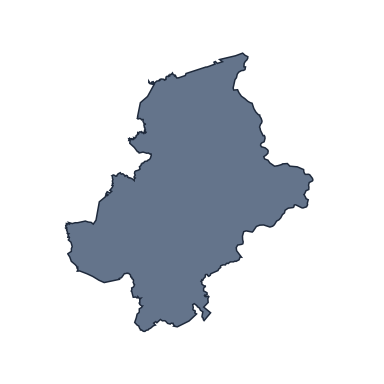 outline of Venustiano Carranza, Puebla, Mexico, rotated 283°
{"feature_id": "50627088B90206204829893", "entity_name": "Venustiano Carranza", "entity_type": "district", "adm_level": 2, "iso_a3": "MEX", "parent_name": "Mexico", "parent_adm1": "Puebla", "projection": "robinson", "projection_center": [-97.693, 20.505], "detail": "fine", "context": "isolated", "style": "filled", "palette": "slate", "viewbox_px": 384, "rotation_deg": 283, "n_neighbors": 0, "source": "geoboundaries", "source_scale": "gbopen_adm2", "svg_char_len": 6005}
<svg xmlns="http://www.w3.org/2000/svg" viewBox="0 0 384 384"><g transform="rotate(283 192 192)"><path d="M139.6,254.9L144.8,248.7L147.8,247.6L150.6,248.5L152.2,252.2L153.0,253.2L154.9,253.1L157.1,252.0L160.4,251.1L165.0,251.3L166.3,253.5L166.5,259.7L167.5,260.4L172.9,262.5L174.9,265.4L176.0,269.2L175.4,275.8L176.8,278.3L178.6,279.6L182.7,281.0L184.5,283.0L186.8,284.3L190.3,285.2L192.4,286.8L195.1,286.8L197.9,289.4L199.6,294.0L200.4,294.6L202.3,294.6L202.8,295.5L202.7,296.6L201.3,302.5L201.4,303.7L203.3,306.9L205.5,307.5L207.0,306.9L210.6,307.0L211.2,304.5L212.0,304.2L214.8,301.6L215.3,302.1L218.9,302.8L220.7,305.2L223.1,304.8L224.9,304.0L227.6,304.1L229.9,306.9L230.9,307.1L232.4,306.3L235.3,302.8L235.5,301.6L234.7,298.6L235.2,297.6L236.7,296.5L239.0,295.7L240.2,288.9L239.2,281.5L241.2,278.5L239.7,273.7L239.1,273.5L237.0,269.8L235.7,266.7L237.9,261.2L240.1,258.8L240.5,255.5L241.3,254.8L242.6,254.0L244.5,255.8L246.8,257.2L249.1,257.0L250.1,256.2L251.5,253.3L251.7,249.5L253.1,248.2L254.5,248.3L255.6,249.0L257.2,251.0L260.7,251.1L262.4,250.5L263.3,249.7L262.8,248.7L267.4,244.9L269.6,243.9L270.4,243.2L273.3,243.5L275.0,244.3L276.8,244.3L279.3,242.8L281.5,240.6L282.1,240.8L282.5,238.8L284.4,236.1L287.2,233.5L292.0,230.6L292.2,228.4L293.0,225.8L294.8,222.6L296.4,218.6L299.5,215.2L301.9,213.4L300.7,209.7L302.6,208.7L311.1,208.6L313.3,209.6L317.0,209.6L319.3,210.6L321.4,212.9L322.1,214.9L323.2,216.1L325.9,216.0L325.7,214.4L329.1,213.9L331.3,214.6L332.9,215.7L334.7,216.2L336.4,216.0L337.1,213.0L338.7,210.1L334.5,203.7L327.3,189.1L325.8,192.4L323.0,187.8L324.4,185.4L323.4,184.2L321.8,185.6L317.0,178.3L317.0,177.6L306.1,159.5L304.0,159.3L300.2,153.2L299.7,151.5L300.6,150.6L301.0,149.4L301.5,149.9L302.0,149.5L302.1,147.3L303.6,146.2L301.8,145.3L301.6,144.1L300.0,144.2L299.8,143.7L300.2,143.1L299.2,143.0L299.2,141.7L298.1,140.8L296.0,141.3L295.8,141.2L296.0,140.8L294.8,140.2L294.9,139.7L295.5,139.1L295.1,136.3L293.5,135.5L294.0,135.1L292.8,134.4L292.1,132.6L288.8,130.5L288.9,129.6L290.0,130.1L290.8,129.4L290.0,128.0L288.4,127.6L288.6,126.6L290.2,125.0L288.9,125.3L288.1,126.7L288.2,130.9L275.1,127.2L267.4,121.6L253.3,122.0L253.0,122.4L251.5,122.0L251.0,123.0L251.9,124.7L251.9,125.4L250.9,126.6L251.7,127.9L251.5,128.2L249.9,128.3L248.0,129.8L247.8,131.2L247.4,131.3L247.0,130.1L246.4,130.1L244.0,131.2L243.8,131.8L242.5,132.0L242.1,132.5L241.6,132.0L240.7,132.7L240.5,131.9L240.2,131.9L239.9,133.8L239.0,133.4L238.8,131.7L238.2,131.7L239.3,129.5L238.6,129.5L239.0,128.2L238.8,127.5L237.7,126.4L237.2,126.9L236.8,126.8L237.4,125.8L235.7,126.1L234.4,124.9L233.1,125.2L232.5,124.3L231.9,124.5L231.5,123.8L231.7,123.2L231.0,123.6L230.8,122.8L230.0,123.1L229.7,122.6L230.1,121.9L229.6,121.3L230.0,120.9L230.6,121.7L230.0,120.0L230.3,119.2L229.6,119.3L229.6,118.4L228.8,118.9L228.0,118.8L228.4,120.1L225.5,120.4L222.4,125.8L219.0,129.8L219.1,130.8L218.1,131.7L219.9,135.3L219.6,139.2L220.2,141.0L219.6,142.0L219.8,142.7L219.4,143.2L219.7,143.6L218.6,144.1L215.4,143.8L214.1,143.2L213.1,141.9L212.1,141.4L211.1,139.0L209.4,138.2L208.9,137.0L208.2,136.9L207.8,136.3L206.3,136.3L204.8,135.1L202.7,136.2L202.3,135.6L201.5,135.3L199.8,132.3L198.9,131.7L197.1,131.8L195.7,132.9L193.5,132.1L192.9,133.6L191.7,132.7L190.2,133.1L191.5,130.5L191.9,128.1L191.5,127.6L192.2,126.3L192.0,126.0L193.3,125.2L193.4,124.1L192.3,123.2L193.3,122.2L194.2,120.5L193.5,119.0L194.7,117.8L193.1,115.9L191.1,115.0L190.5,115.0L190.2,114.0L190.8,112.9L190.9,111.4L189.8,110.3L189.6,110.8L187.3,111.5L186.3,112.2L184.7,111.9L183.7,112.6L182.6,112.5L182.5,113.1L180.5,112.5L180.4,113.6L178.4,113.2L175.1,111.6L174.6,113.6L172.5,112.2L173.2,109.3L170.9,108.6L170.3,110.9L169.1,109.9L169.4,108.7L167.6,108.5L161.6,103.9L143.0,104.8L138.5,103.0L139.7,100.6L139.4,97.6L139.7,94.6L136.3,87.4L135.8,85.1L134.3,82.4L134.5,79.3L133.9,80.2L133.6,80.1L133.7,79.6L133.0,79.5L133.5,78.0L132.8,77.5L133.0,76.7L132.2,76.8L131.8,77.5L130.9,76.5L129.0,77.3L129.2,77.9L128.8,78.1L128.3,77.1L127.1,78.7L126.5,78.5L124.9,79.7L123.7,79.7L123.6,81.4L122.6,80.7L121.8,81.2L120.0,81.2L120.5,82.5L120.2,82.8L118.3,82.7L117.5,82.3L115.8,85.4L111.8,87.6L109.8,87.2L107.0,87.8L104.0,84.9L103.5,85.1L101.2,87.5L97.3,90.0L95.0,94.5L93.7,96.3L92.1,97.1L92.8,97.6L90.6,98.3L89.1,98.0L89.8,100.4L88.7,108.1L87.4,114.3L85.1,121.2L84.0,126.8L90.6,141.0L91.3,140.5L92.7,142.6L97.3,144.5L97.6,145.8L98.4,147.0L98.2,148.0L98.5,148.6L97.3,150.7L95.5,151.4L95.3,152.5L94.1,153.0L93.5,154.5L92.3,155.0L90.6,155.0L89.8,155.9L89.3,155.9L88.7,156.9L86.3,156.4L84.9,154.8L83.7,155.3L81.7,155.1L81.4,155.7L76.2,158.4L77.0,160.9L76.4,162.3L76.8,162.8L77.8,162.8L76.3,164.7L77.0,166.1L75.5,165.3L72.0,166.1L71.8,165.6L70.7,166.5L69.5,168.8L69.7,169.4L68.1,168.8L66.3,166.9L63.3,167.6L62.3,167.3L60.7,166.0L56.7,166.0L52.0,165.5L49.9,168.6L49.5,170.2L47.0,171.9L46.4,173.2L46.0,173.1L46.1,174.2L45.3,175.9L45.6,177.5L46.9,178.5L47.9,180.5L48.7,180.7L50.0,182.3L53.1,184.6L54.1,186.3L55.6,184.1L57.5,185.8L56.7,187.2L60.7,189.9L59.8,192.1L60.4,194.1L60.3,195.2L58.5,197.8L58.4,200.5L59.1,200.9L59.6,201.6L59.5,202.3L59.8,203.0L58.4,203.9L57.8,205.0L57.2,204.5L57.3,208.0L65.7,218.2L74.2,223.9L74.9,221.9L76.6,222.0L77.2,221.4L77.1,220.1L77.8,219.3L79.8,219.2L82.4,218.0L83.7,219.3L82.4,222.2L81.4,223.1L80.6,225.4L78.7,226.8L77.7,229.5L73.0,229.7L71.9,230.4L71.6,231.3L70.1,231.8L69.4,232.7L78.5,237.3L82.5,229.3L88.0,232.6L91.7,231.4L93.8,232.0L94.2,231.3L93.1,229.2L93.2,228.1L93.8,227.4L94.4,227.5L94.6,228.7L95.5,229.8L97.2,229.3L98.3,225.5L100.7,225.0L102.1,225.5L102.7,226.3L103.4,226.1L103.3,224.7L104.5,222.3L106.2,221.9L107.0,220.8L107.7,221.5L108.5,221.4L108.2,222.2L108.5,222.4L110.2,222.7L112.2,224.0L114.1,223.6L114.8,224.1L115.0,225.5L114.2,226.0L113.6,227.3L115.0,228.5L116.6,228.7L121.3,235.0L122.8,235.3L124.9,236.9L125.3,236.5L126.6,236.6L128.0,238.6L128.5,241.0L130.0,241.5L130.5,242.2L130.4,243.3L132.5,245.0L133.3,248.2L134.3,249.4L134.3,250.5L136.5,253.1L139.4,253.5L139.6,254.9Z" fill="#64748b" stroke="#1e293b" stroke-width="1.5"/></g></svg>